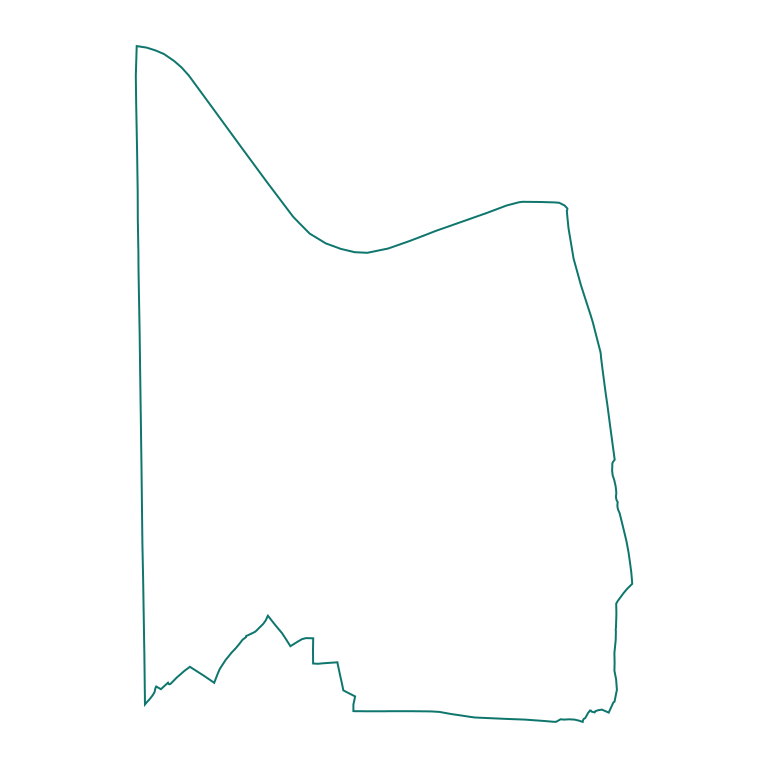 Shomolu, Lagos, Nigeria (Equal Earth projection)
{"feature_id": "59680162B68379866165825", "entity_name": "Shomolu", "entity_type": "district", "adm_level": 2, "iso_a3": "NGA", "parent_name": "Nigeria", "parent_adm1": "Lagos", "projection": "equal_earth", "projection_center": [3.386, 6.541], "detail": "fine", "context": "isolated", "style": "outline", "palette": "teal", "viewbox_px": 768, "rotation_deg": 0, "n_neighbors": 0, "source": "geoboundaries", "source_scale": "gbopen_adm2", "svg_char_len": 2687}
<svg xmlns="http://www.w3.org/2000/svg" viewBox="0 0 768 768"><path d="M608.7,712.6L613.4,702.4L614.5,701.7L616.9,689.8L616.1,679.2L614.4,670.7L614.6,663.1L614.4,653.1L615.7,639.9L615.9,631.5L615.7,629.9L616.0,626.8L616.4,613.7L616.2,603.6L617.8,600.9L623.4,593.3L626.9,589.1L632.2,583.8L632.1,582.0L631.3,572.4L629.7,560.4L628.5,552.2L626.5,541.4L625.1,535.5L621.4,520.3L619.5,512.8L618.1,509.7L617.5,507.1L617.4,504.5L617.7,502.2L616.7,500.4L616.2,498.7L616.0,497.0L616.0,495.6L616.3,494.0L616.2,491.2L615.6,486.1L614.2,479.9L612.7,475.5L612.1,470.6L612.3,466.3L612.3,463.5L613.2,461.6L614.7,459.7L610.7,430.2L608.3,412.0L607.5,405.9L605.5,392.0L602.3,367.7L601.5,361.1L601.0,357.2L600.8,354.3L600.4,351.7L598.9,346.0L592.9,322.6L590.5,314.7L589.4,311.4L581.0,285.4L573.6,258.7L568.5,228.2L567.2,215.2L566.8,210.7L567.3,209.8L567.4,208.7L567.3,208.4L564.6,205.5L559.3,202.8L554.5,202.4L540.6,202.0L522.5,201.8L518.8,202.3L506.6,205.5L487.5,212.7L435.8,230.9L427.1,234.3L408.8,241.3L388.2,248.5L367.3,252.8L354.7,252.2L340.8,248.9L337.1,247.5L325.8,243.4L309.7,233.6L306.3,230.2L299.1,222.9L293.1,216.7L290.6,213.4L266.8,181.9L241.1,147.0L211.3,106.2L188.8,75.5L181.4,67.3L174.0,60.9L163.9,54.0L155.4,50.4L146.6,47.6L136.7,46.1L135.8,75.7L136.2,105.1L137.1,151.8L137.7,192.3L137.8,218.9L138.4,252.8L138.5,268.6L138.9,292.0L139.6,330.5L140.2,375.2L140.7,410.4L140.8,416.8L141.2,446.7L141.5,467.1L141.6,476.3L142.4,543.8L143.1,577.4L144.0,632.7L144.1,639.4L144.4,656.5L144.8,689.9L144.9,696.6L144.9,700.2L145.0,704.4L147.0,702.0L149.7,699.1L152.9,695.0L154.6,691.9L155.4,688.2L156.2,686.5L160.9,689.2L165.7,684.8L168.0,682.7L168.6,684.0L169.5,684.3L170.7,683.7L176.7,677.6L184.5,670.8L189.9,666.8L197.4,671.6L204.0,675.8L214.2,682.8L217.8,673.5L219.8,668.9L225.6,660.0L231.7,652.5L235.8,648.2L239.3,644.0L242.4,639.9L246.0,637.1L246.1,636.1L253.1,632.8L255.4,631.6L263.2,623.9L265.8,620.3L267.7,616.0L267.9,615.7L268.5,616.5L275.6,625.5L282.0,633.1L286.5,640.0L290.4,646.2L298.1,641.4L302.1,639.1L306.0,638.1L313.2,638.3L313.0,649.6L313.1,663.5L317.9,663.8L322.9,663.3L330.3,662.8L337.4,662.3L337.7,664.0L338.9,669.7L340.4,676.7L341.8,682.9L343.0,688.6L343.3,690.3L346.4,692.0L355.1,696.4L354.1,701.3L353.4,704.4L353.4,711.1L355.4,711.2L379.3,711.3L391.0,711.2L402.5,711.2L411.3,711.2L430.7,711.4L439.4,711.9L451.0,714.0L462.6,715.7L470.4,716.9L474.9,717.5L506.2,718.9L525.1,719.6L544.3,721.0L553.8,721.8L556.1,721.8L560.6,719.3L564.1,719.6L569.0,719.3L574.5,719.6L578.8,720.6L582.7,721.9L583.0,720.2L583.8,718.9L585.2,718.1L588.0,713.1L590.0,710.5L590.9,710.6L591.5,711.6L594.6,712.4L595.5,711.1L597.9,710.3L601.9,709.6L608.7,712.6Z" fill="none" stroke="#0f766e" stroke-width="2"/></svg>